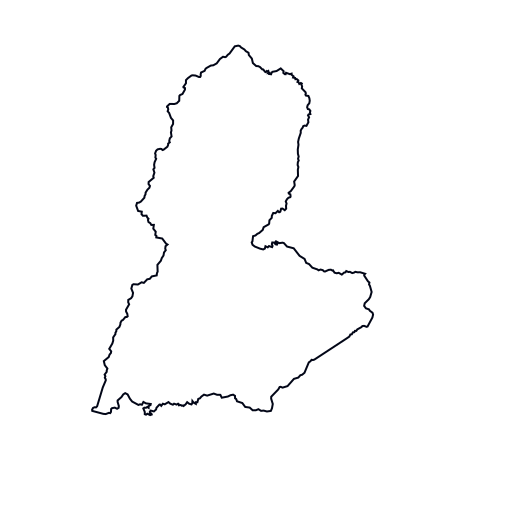 the district of Kon Ray, Kon Tum, Vietnam, rotated 17°
{"feature_id": "81297802B49611781778497", "entity_name": "Kon Ray", "entity_type": "district", "adm_level": 2, "iso_a3": "VNM", "parent_name": "Vietnam", "parent_adm1": "Kon Tum", "projection": "robinson", "projection_center": [108.184, 14.55], "detail": "fine", "context": "isolated", "style": "outline", "palette": "ink", "viewbox_px": 512, "rotation_deg": 17, "n_neighbors": 0, "source": "geoboundaries", "source_scale": "gbopen_adm2", "svg_char_len": 6089}
<svg xmlns="http://www.w3.org/2000/svg" viewBox="0 0 512 512"><g transform="rotate(17 256 256)"><path d="M264.7,401.5L270.2,398.6L272.3,396.6L274.7,395.3L276.8,395.9L277.6,398.2L278.9,398.6L280.3,400.5L285.9,400.6L289.8,403.5L294.3,402.8L297.9,404.5L300.9,403.6L303.1,401.8L306.1,402.6L308.5,401.6L311.9,401.5L315.5,399.8L315.8,396.9L315.3,392.6L312.2,388.0L311.7,386.1L316.3,377.1L316.9,374.4L317.8,373.9L319.9,374.1L324.2,371.2L328.2,362.4L332.0,359.9L333.3,357.0L334.8,356.1L336.5,353.5L337.6,342.3L338.8,340.8L339.5,339.0L340.8,338.9L342.1,338.0L366.8,308.3L368.8,305.8L369.2,303.5L370.5,302.9L371.0,300.7L372.3,300.1L372.5,298.7L373.8,298.3L374.3,296.6L377.6,293.2L378.2,291.9L379.8,291.2L382.5,291.4L383.3,290.8L385.3,280.8L385.1,277.8L384.0,276.2L380.9,275.1L379.6,274.0L376.4,273.9L374.0,272.1L373.8,269.4L376.5,264.4L377.2,261.9L377.1,256.6L373.7,251.3L372.4,250.1L372.2,248.2L370.5,247.5L365.2,243.1L365.0,242.2L365.5,241.1L360.3,241.1L358.0,241.9L355.6,242.1L354.5,243.3L353.0,244.2L350.4,243.7L349.1,244.3L346.7,244.0L346.3,245.5L345.1,246.1L343.5,248.7L340.0,247.9L338.3,248.9L336.0,249.0L333.8,247.2L333.4,247.6L331.6,247.2L329.6,248.0L326.5,250.7L325.5,250.8L324.0,250.0L321.7,250.1L320.0,251.4L318.7,250.9L313.3,250.7L309.1,248.2L306.0,247.9L303.3,244.6L297.6,243.1L289.8,237.6L282.9,237.9L278.9,235.5L277.5,235.5L274.5,236.9L270.8,236.1L270.6,236.6L271.2,237.7L272.8,238.3L272.7,239.0L271.3,239.1L269.3,237.9L267.6,238.3L267.7,240.0L268.9,241.6L268.8,242.8L265.5,242.7L264.7,244.3L262.2,243.9L262.3,246.3L261.0,247.6L257.8,247.8L252.1,247.3L249.4,246.3L247.9,244.2L248.3,243.1L247.4,237.9L249.5,236.5L250.8,234.4L252.3,233.1L254.8,229.1L254.9,226.2L258.9,222.0L259.1,221.1L258.4,217.9L259.9,214.9L259.4,213.0L259.9,209.8L262.1,209.4L263.7,206.5L265.2,207.4L265.8,207.2L266.3,206.4L266.2,203.4L267.5,202.9L270.1,203.8L271.0,201.9L270.0,199.2L269.9,196.9L268.5,195.1L269.0,192.7L270.0,190.8L271.6,189.7L271.6,188.7L270.8,187.0L269.1,186.7L268.7,186.0L270.3,183.8L272.3,178.1L272.3,176.9L270.7,173.6L272.8,167.2L270.8,161.3L270.5,158.5L269.2,156.8L268.6,154.0L268.9,152.2L267.8,150.8L267.7,148.4L266.2,146.0L264.8,141.9L264.1,137.2L262.9,134.6L262.6,131.0L262.8,125.2L262.1,123.1L262.4,121.3L263.1,119.6L263.2,118.0L264.3,117.1L266.2,116.8L267.0,112.8L265.9,110.4L266.2,107.8L264.6,106.3L264.9,105.2L266.5,104.4L265.5,102.7L265.6,101.4L264.1,100.2L262.6,100.3L261.4,98.8L261.3,96.7L262.3,94.4L262.0,91.8L260.9,89.5L259.3,87.6L256.9,88.0L256.1,87.3L256.1,85.9L255.5,84.9L250.8,82.3L250.5,80.3L249.2,78.7L249.4,77.7L248.3,77.4L247.1,78.8L246.0,77.5L244.8,77.4L245.1,75.7L243.2,74.9L242.0,75.4L241.4,74.3L239.3,74.5L239.4,73.2L237.1,72.3L236.7,71.2L235.2,72.2L231.2,72.0L231.2,73.5L230.4,73.7L228.6,72.9L228.4,71.2L224.8,69.4L221.6,73.1L217.8,75.1L217.3,76.5L217.3,77.8L215.3,78.1L215.2,77.0L214.1,77.5L214.3,76.5L213.7,75.5L213.2,76.1L212.3,75.9L211.7,77.3L210.8,77.2L208.4,75.5L207.4,75.7L204.5,74.1L202.6,73.8L200.7,74.3L196.6,72.4L194.3,68.4L190.4,65.9L189.4,63.8L186.4,63.1L184.5,61.9L180.7,60.9L179.2,60.0L177.5,60.0L174.4,61.7L171.5,70.1L170.2,71.8L169.2,74.2L168.3,74.9L166.2,75.1L163.9,78.2L162.1,83.3L159.4,86.1L157.1,87.1L153.6,90.8L153.0,91.8L152.7,94.0L149.8,96.6L150.0,98.7L150.5,99.9L150.3,101.1L149.1,101.5L145.5,101.1L142.6,101.7L141.5,102.3L138.9,105.8L137.6,108.3L138.5,111.3L137.1,115.6L137.4,116.0L139.0,116.2L139.4,117.7L138.3,122.6L136.3,124.3L135.9,125.3L137.2,130.0L135.6,133.1L133.5,134.5L129.0,135.8L127.2,139.0L127.3,139.5L128.3,139.8L129.2,141.4L129.2,143.4L131.1,144.6L134.3,148.8L137.1,150.6L138.1,154.0L137.3,157.7L138.5,160.8L138.5,162.6L140.3,166.4L139.2,168.6L139.4,171.5L140.3,172.5L139.1,174.2L139.5,175.4L139.3,177.4L136.5,181.4L135.6,182.0L134.4,181.3L133.0,181.5L130.7,182.8L129.7,184.5L129.5,187.4L130.5,188.7L131.0,191.3L132.1,192.2L131.6,195.9L131.9,198.6L133.2,201.4L132.5,203.1L134.5,206.0L134.4,209.7L135.3,211.1L131.7,216.6L132.2,218.6L134.1,220.0L134.1,221.9L132.8,224.3L131.9,227.6L132.3,229.4L131.9,231.1L132.2,232.9L130.0,237.6L128.6,239.1L126.7,240.0L126.7,242.9L130.1,247.4L133.8,247.0L134.3,249.5L136.1,250.6L139.5,249.4L140.8,251.0L142.3,251.8L142.1,253.1L143.3,255.0L145.3,255.5L146.8,256.9L149.2,256.1L149.8,259.9L153.0,262.1L153.5,265.3L154.9,265.9L155.2,267.4L161.2,266.7L166.4,270.5L168.0,270.9L166.6,273.1L167.1,275.6L168.0,276.8L167.0,279.5L167.4,282.6L166.5,285.5L166.4,288.4L164.3,293.3L166.5,299.7L166.3,301.4L166.7,303.6L162.3,306.0L161.1,308.9L158.8,310.1L156.6,314.5L154.3,314.6L151.4,317.8L147.1,318.8L146.2,319.8L146.3,323.6L149.2,327.2L149.6,330.7L148.9,332.9L146.7,335.3L147.3,337.6L148.8,339.3L147.4,345.4L148.0,347.1L149.8,348.9L150.9,351.2L150.3,352.1L148.9,352.6L147.5,356.0L146.4,357.1L145.9,359.4L146.3,361.1L146.1,363.8L144.0,367.2L144.4,368.8L144.0,370.5L144.4,371.8L143.2,375.6L144.2,378.7L144.2,381.7L142.8,387.7L145.4,389.5L145.6,391.2L144.8,393.1L144.7,395.7L141.2,401.0L143.3,404.6L146.8,407.1L146.7,409.1L147.1,410.4L145.9,413.7L147.1,415.0L147.0,416.6L148.3,417.8L148.7,418.9L147.9,426.5L148.0,446.2L147.2,447.6L145.9,447.8L144.6,448.9L144.2,450.9L144.7,452.0L156.1,451.6L158.5,451.1L161.2,449.0L162.5,448.9L162.9,447.5L162.2,444.7L162.8,443.6L165.3,442.3L167.8,442.7L169.0,441.4L168.7,439.6L166.3,436.0L165.9,434.6L168.6,430.2L169.5,427.2L171.0,425.4L173.7,425.9L177.1,429.3L180.1,431.4L187.1,432.8L188.5,431.7L190.4,431.6L191.0,428.5L193.8,429.1L198.6,428.3L198.7,429.4L197.2,430.9L197.7,432.6L196.1,432.2L195.2,433.3L193.6,433.7L192.8,434.7L195.2,437.6L195.9,439.8L197.2,439.9L198.2,438.6L201.3,439.1L202.6,438.1L202.0,437.3L200.3,436.9L200.0,436.0L200.5,434.6L203.8,434.5L205.3,432.0L205.2,430.2L207.1,426.3L207.8,426.1L209.2,427.0L210.1,424.5L212.1,424.5L215.0,421.3L217.2,422.3L220.0,422.5L220.8,421.2L223.5,421.3L224.7,420.0L225.3,420.2L225.9,421.3L227.6,420.5L229.0,420.9L229.9,420.2L230.6,420.6L232.1,418.4L232.9,415.9L235.2,416.8L237.7,416.8L238.1,415.4L237.6,413.3L239.3,414.5L241.7,415.0L241.2,413.4L242.7,413.0L242.6,409.5L244.0,408.5L244.8,406.5L246.8,403.8L250.1,403.8L255.8,399.9L259.3,400.1L262.5,399.2L264.7,401.5Z" fill="none" stroke="#020617" stroke-width="2"/></g></svg>